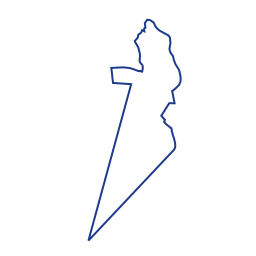 the district of Kisumu Central, Nyanza, Kenya, rotated 348°
{"feature_id": "3690345B55069358333072", "entity_name": "Kisumu Central", "entity_type": "district", "adm_level": 2, "iso_a3": "KEN", "parent_name": "Kenya", "parent_adm1": "Nyanza", "projection": "equal_earth", "projection_center": [34.761, -0.118], "detail": "fine", "context": "isolated", "style": "outline", "palette": "blue", "viewbox_px": 256, "rotation_deg": 348, "n_neighbors": 0, "source": "geoboundaries", "source_scale": "gbopen_adm2", "svg_char_len": 1896}
<svg xmlns="http://www.w3.org/2000/svg" viewBox="0 0 256 256"><g transform="rotate(348 128 128)"><path d="M65.9,229.9L168.4,158.9L169.7,157.4L170.4,155.8L170.7,154.2L170.9,152.7L170.9,150.1L170.9,148.3L170.7,146.4L170.4,144.5L170.4,142.6L170.2,140.6L170.4,138.6L170.4,137.2L169.6,136.7L168.9,135.5L168.2,134.8L165.9,131.9L164.6,129.4L165.8,127.7L163.1,123.0L173.5,112.3L178.7,113.5L178.9,101.0L179.8,100.7L181.2,100.0L182.6,99.2L184.2,98.3L185.4,97.4L186.9,96.5L187.9,95.1L188.9,93.6L189.6,91.5L190.0,89.2L190.1,87.3L190.1,85.3L190.1,83.4L189.9,81.7L189.6,80.5L189.1,79.1L188.5,77.7L187.9,76.1L187.5,74.3L187.3,72.7L187.1,71.6L186.9,70.0L187.0,68.4L186.9,67.2L186.4,65.7L185.6,64.2L185.1,62.2L185.0,60.6L185.1,58.9L185.6,57.7L186.1,56.3L186.7,55.0L187.2,53.7L187.3,52.5L187.4,51.2L187.6,50.0L187.8,48.6L187.3,46.8L186.3,45.4L185.3,44.6L184.4,43.8L183.1,42.8L181.9,41.6L180.7,40.7L179.5,39.7L178.9,38.9L178.2,38.1L177.3,36.9L176.7,35.8L176.1,34.5L175.7,33.2L175.4,31.8L175.0,30.5L174.5,29.6L173.6,28.7L172.7,27.7L171.5,26.8L170.2,26.5L169.3,26.1L167.5,27.8L166.3,28.9L166.2,30.1L166.0,32.1L165.8,33.6L164.7,33.9L164.1,35.1L164.1,36.7L163.1,35.9L162.1,35.3L161.6,36.4L160.6,37.4L159.4,38.1L158.6,38.4L157.6,38.8L157.0,39.9L156.7,40.9L156.1,41.7L155.2,42.5L153.9,43.5L152.7,44.3L152.9,45.6L153.3,46.7L153.7,47.8L154.0,49.0L154.7,50.9L154.9,52.4L154.9,54.2L155.0,55.7L155.0,57.2L154.9,58.9L154.6,60.7L154.1,61.9L153.8,63.2L153.3,64.6L153.4,65.9L153.9,67.4L154.9,68.8L155.2,70.0L155.1,71.5L154.8,72.8L154.2,74.4L153.5,75.8L152.6,75.4L151.8,74.6L151.0,74.8L149.9,74.4L148.4,73.4L147.6,72.9L146.6,72.2L145.5,71.6L144.3,70.9L143.3,70.3L142.2,69.8L141.0,69.3L139.6,68.9L138.7,68.5L137.6,68.2L136.5,67.9L135.4,67.6L134.4,67.4L133.2,67.2L131.9,67.0L130.7,66.8L129.3,66.6L128.1,66.4L126.8,66.2L125.7,66.0L124.2,65.7L122.7,80.8L140.2,85.8L65.9,229.9Z" fill="none" stroke="#1e3a8a" stroke-width="2"/></g></svg>